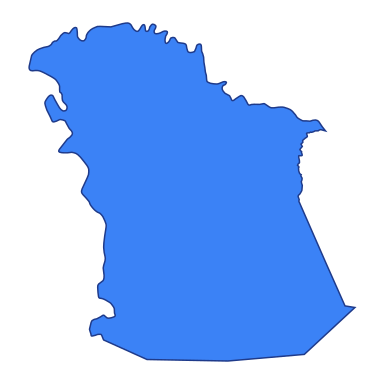 the district of Cucuyagua, Copán, Honduras
{"feature_id": "27666195B10036969380413", "entity_name": "Cucuyagua", "entity_type": "district", "adm_level": 2, "iso_a3": "HND", "parent_name": "Honduras", "parent_adm1": "Copán", "projection": "natural_earth1", "projection_center": [-88.859, 14.693], "detail": "fine", "context": "isolated", "style": "filled", "palette": "blue", "viewbox_px": 384, "rotation_deg": 0, "n_neighbors": 0, "source": "geoboundaries", "source_scale": "gbopen_adm2", "svg_char_len": 5718}
<svg xmlns="http://www.w3.org/2000/svg" viewBox="0 0 384 384"><path d="M73.9,28.0L72.9,28.8L71.5,30.4L70.0,32.6L69.1,33.4L68.5,33.5L67.0,33.0L64.9,32.6L64.1,32.8L63.0,33.5L60.8,35.5L58.7,38.7L57.2,40.4L56.3,41.0L54.6,41.1L53.2,41.9L52.4,42.6L51.3,44.5L49.6,45.8L48.1,46.5L43.8,47.4L39.7,48.8L37.2,50.0L34.5,52.1L32.6,54.1L32.0,54.9L31.6,55.7L29.2,66.2L29.1,67.9L29.3,68.9L29.6,69.5L30.0,70.0L30.7,70.5L32.6,70.8L35.1,70.5L37.1,70.5L38.2,70.6L39.7,70.9L41.5,71.6L43.9,72.7L50.9,76.4L53.7,78.1L55.6,79.5L57.1,81.4L58.7,83.9L59.4,85.5L59.6,86.5L59.6,90.0L59.8,91.8L60.1,92.3L61.2,93.0L62.1,94.8L62.2,98.5L62.5,100.5L63.5,102.1L65.8,104.4L66.6,105.5L66.9,106.3L67.1,107.1L67.0,108.1L66.8,109.0L66.4,109.8L65.9,110.4L65.3,110.7L63.7,111.0L62.6,110.7L61.0,109.6L59.5,107.8L57.7,104.8L54.9,99.8L53.2,96.3L52.7,95.6L51.9,95.2L51.0,95.1L50.2,95.3L49.4,95.8L48.4,96.7L47.1,98.4L45.7,100.6L45.1,101.9L44.9,103.1L45.1,104.3L45.5,106.0L46.9,110.1L50.2,116.7L51.8,120.4L52.4,121.5L53.2,121.9L54.3,121.8L56.5,121.1L59.4,119.7L60.3,119.5L62.6,119.9L64.8,120.7L65.4,121.3L66.7,123.9L69.2,128.4L69.9,129.2L71.4,130.8L72.2,132.3L72.4,133.2L72.3,133.9L72.1,134.7L71.5,135.5L69.9,137.3L67.7,138.9L67.0,139.6L59.5,149.2L58.9,150.3L58.8,150.9L58.8,151.4L59.1,151.8L59.7,152.2L61.9,152.7L63.9,152.8L67.4,152.8L71.8,152.3L74.1,152.8L76.1,153.5L77.9,154.7L80.4,157.1L84.2,161.8L87.0,165.5L88.2,167.6L88.7,169.2L88.8,171.7L88.5,174.6L87.2,177.9L82.1,188.9L81.5,191.1L81.7,192.7L82.2,193.6L83.1,194.8L86.0,197.9L88.7,201.1L89.3,202.0L89.9,203.8L90.5,205.0L91.7,206.7L93.1,208.4L94.5,209.9L96.2,211.3L97.4,212.1L99.8,213.2L100.8,214.1L101.8,215.2L102.9,216.7L104.0,219.0L105.0,221.2L106.0,224.0L106.2,225.4L106.1,227.1L104.7,236.1L103.9,242.8L103.7,246.3L103.7,247.8L104.2,252.5L105.1,256.7L105.3,258.5L105.0,261.0L103.7,265.3L103.2,268.0L104.1,275.3L104.0,277.9L103.6,279.6L103.0,280.7L98.7,284.0L98.0,285.1L97.8,285.8L97.7,287.3L98.0,292.5L98.5,296.5L98.8,297.4L99.1,297.8L99.8,298.2L101.4,298.4L103.2,298.9L105.4,299.9L109.8,302.5L110.9,303.4L112.0,304.8L113.5,306.9L114.3,308.6L114.5,313.0L114.7,313.7L115.1,314.7L115.2,315.5L115.0,316.0L114.8,316.4L113.7,317.0L111.2,317.8L108.7,318.2L107.9,318.1L106.9,317.8L104.0,315.3L103.3,315.2L102.7,315.4L100.6,316.8L96.8,318.8L94.2,319.4L92.2,320.5L91.7,321.1L91.1,322.5L89.5,329.2L89.9,330.8L90.9,333.9L91.1,335.3L91.4,335.9L91.8,336.0L92.4,336.0L95.3,335.3L97.7,334.4L99.9,334.3L101.0,334.4L101.3,334.7L101.8,335.5L103.3,339.3L103.7,340.0L147.0,359.5L227.8,361.0L304.3,354.4L354.9,307.5L345.0,305.9L325.7,262.5L299.6,202.9L299.0,201.7L298.9,201.0L299.2,199.7L298.2,196.8L298.1,196.2L298.5,195.2L299.6,194.3L300.6,192.8L301.7,190.8L301.9,190.1L302.3,185.4L301.6,183.3L301.3,181.6L301.9,180.1L302.1,178.7L302.0,177.9L301.3,176.8L301.0,176.0L300.9,175.2L301.2,174.7L300.4,174.2L299.6,173.4L298.7,170.9L298.5,167.6L298.9,167.3L298.9,166.9L298.4,166.1L297.7,165.6L297.5,165.3L298.2,163.9L298.6,163.4L299.3,163.0L299.5,162.4L299.4,160.5L298.7,157.3L298.7,155.9L299.0,155.7L301.5,155.7L302.0,155.5L302.2,155.2L302.0,153.9L301.4,152.7L301.5,152.4L301.7,151.9L300.2,150.1L299.9,149.6L300.4,148.7L302.3,146.5L301.0,144.1L302.8,142.4L302.8,141.6L302.6,140.7L302.8,140.3L305.2,138.2L306.6,137.3L307.3,136.6L307.3,136.3L307.2,135.5L306.6,133.8L306.6,133.4L306.9,133.1L308.2,132.8L309.5,132.8L310.2,132.2L310.5,132.1L311.4,132.3L312.0,132.2L313.6,131.7L315.1,130.9L318.3,130.8L319.3,130.0L320.5,129.7L321.4,129.8L323.6,130.4L325.5,130.9L322.2,126.7L319.2,122.2L318.4,121.2L317.1,120.4L315.5,120.0L312.8,120.3L310.0,121.2L306.5,120.9L303.7,120.9L302.4,120.7L299.6,119.2L297.5,117.8L296.8,117.0L295.4,114.8L294.0,113.2L292.5,111.4L291.2,110.3L290.2,109.6L287.7,108.5L284.0,107.3L282.6,107.1L280.4,107.1L278.4,107.2L274.1,107.8L271.5,107.8L270.4,107.5L269.2,106.9L265.7,104.5L264.6,103.8L264.0,103.6L259.6,104.4L254.1,104.3L251.5,104.5L249.7,105.1L248.9,105.0L248.4,104.7L247.9,104.2L246.1,100.7L243.8,97.0L242.8,96.1L241.8,95.6L240.8,95.6L239.3,96.4L235.8,98.7L233.6,100.4L232.8,100.6L232.1,100.5L231.5,99.8L230.8,98.0L229.5,95.7L225.0,93.3L223.2,91.2L222.3,89.5L222.1,87.9L222.5,86.5L223.3,85.4L224.8,84.8L225.6,84.1L226.4,82.7L226.3,82.3L226.0,81.9L224.9,81.6L223.2,81.8L219.1,83.5L217.7,83.9L216.5,84.0L213.6,83.8L210.5,83.3L208.1,82.3L207.4,81.8L207.0,81.4L206.8,80.7L206.6,79.4L206.3,75.3L205.4,72.2L204.8,67.4L203.9,62.1L203.6,57.1L202.7,53.8L201.6,51.2L201.4,46.8L201.2,45.3L200.7,44.4L200.0,44.1L199.0,44.1L198.1,44.4L197.1,45.0L196.6,45.9L196.0,48.1L195.1,50.2L194.7,51.1L194.4,51.6L192.4,52.3L190.2,52.6L188.7,52.2L188.2,51.9L187.8,51.4L187.5,50.6L186.8,48.2L186.3,45.3L185.7,44.3L184.8,43.7L183.3,43.3L179.3,42.8L177.8,42.4L175.0,38.1L174.4,37.7L173.5,37.5L172.5,37.5L170.9,38.0L170.4,38.7L169.5,40.7L168.4,42.2L167.2,43.1L166.5,43.4L166.0,43.3L165.5,42.8L165.2,41.9L165.0,40.4L165.1,38.9L165.7,36.0L166.8,34.3L167.2,33.2L167.4,32.3L167.2,31.6L166.2,31.1L164.4,31.1L163.0,31.5L160.5,32.8L158.5,33.5L156.2,33.8L155.1,33.5L154.6,33.1L154.3,32.6L154.1,31.2L154.4,30.1L155.4,28.4L155.8,27.1L155.9,26.2L155.7,25.7L155.4,25.3L153.9,24.4L152.5,24.2L151.9,24.5L151.3,25.0L149.8,27.0L149.3,29.0L148.8,30.1L147.9,31.1L147.0,31.4L146.1,31.2L145.5,30.6L145.4,29.9L145.2,27.9L144.9,26.1L144.5,25.1L144.0,24.7L143.3,24.7L142.5,25.1L141.5,26.3L140.0,28.9L138.9,30.4L138.0,31.2L136.9,31.4L135.7,30.9L134.0,29.6L132.6,27.7L131.1,25.0L130.4,24.2L129.2,23.4L127.8,23.0L125.7,23.1L122.4,23.7L110.9,26.9L100.3,26.4L97.4,26.5L94.9,27.5L92.7,28.5L90.7,29.8L89.2,31.2L88.0,32.5L86.8,34.5L86.4,35.5L86.1,37.7L85.4,39.2L84.3,40.5L83.7,40.8L82.9,40.9L81.5,40.7L80.0,39.9L78.8,38.7L77.7,37.2L77.4,35.9L77.3,32.4L77.0,29.5L76.6,28.0L76.2,27.7L75.4,27.5L74.8,27.6L73.9,28.0Z" fill="#3b82f6" stroke="#1e3a8a" stroke-width="1.5"/></svg>